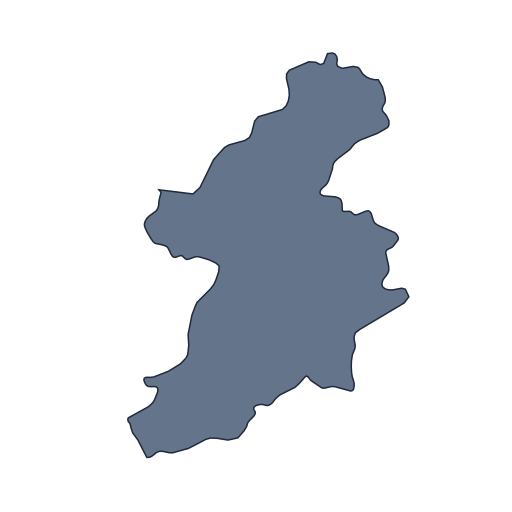 Belluno, Robinson projection, rotated 159°
{"feature_id": "ITA-5467", "entity_name": "Belluno", "entity_type": "Province", "adm_level": 1, "iso_a3": "ITA", "parent_name": "Italy", "parent_adm1": "", "projection": "robinson", "projection_center": [12.178, 46.278], "detail": "fine", "context": "isolated", "style": "filled", "palette": "slate", "viewbox_px": 512, "rotation_deg": 159, "n_neighbors": 0, "source": "natural_earth", "source_scale": "10m", "svg_char_len": 3644}
<svg xmlns="http://www.w3.org/2000/svg" viewBox="0 0 512 512"><g transform="rotate(159 256 256)"><path d="M338.2,92.7L348.1,94.2L358.3,100.1L363.8,102.4L368.6,102.8L387.8,100.6L404.1,102.1L404.7,102.3L407.3,103.3L413.3,107.2L416.3,108.3L419.4,108.2L424.7,106.5L427.3,106.2L430.1,107.0L432.2,126.5L434.5,135.1L434.3,140.4L433.7,144.3L434.6,147.8L434.1,149.7L433.1,150.7L411.4,153.7L408.2,154.6L405.4,155.9L404.0,156.7L402.3,158.1L396.6,164.2L395.4,166.6L395.3,168.5L396.2,169.6L397.4,170.4L398.9,171.0L400.6,171.5L403.4,172.9L404.5,174.3L405.1,176.4L405.2,180.0L404.4,181.7L403.0,182.2L401.4,181.9L398.3,180.6L394.8,179.7L379.0,179.8L365.2,182.4L358.0,185.8L356.3,187.2L355.0,188.6L350.8,196.7L348.4,204.3L347.5,207.1L336.9,223.9L330.1,231.5L327.5,233.9L310.5,241.5L305.6,244.5L302.2,247.8L296.7,254.4L295.0,257.6L294.2,259.6L294.4,260.8L295.7,263.3L296.5,264.4L301.6,269.6L309.7,275.8L311.2,276.4L312.9,277.0L320.3,277.2L321.9,277.6L322.9,278.6L323.6,279.8L324.1,281.2L324.7,282.4L325.8,283.3L327.5,283.5L331.3,283.6L332.9,284.1L334.1,285.5L334.7,288.5L335.2,294.3L335.5,295.8L336.2,297.0L337.1,298.0L339.4,299.9L345.7,304.0L346.9,306.3L347.9,309.9L349.2,318.0L349.4,322.0L349.2,324.7L348.3,326.5L347.6,327.4L346.7,328.4L344.4,330.2L341.7,331.5L333.6,333.7L332.3,334.4L331.1,335.3L330.1,336.3L329.2,337.4L328.5,338.7L327.2,341.5L325.5,344.3L321.8,349.4L322.9,352.6L292.6,336.5L283.8,340.0L261.0,361.2L246.5,368.6L241.5,369.4L224.9,367.8L219.5,369.1L215.8,372.6L208.9,382.4L203.9,385.2L178.9,383.3L174.2,385.3L170.3,389.1L167.3,394.1L165.5,399.8L164.0,410.7L162.2,415.0L158.3,417.5L137.1,418.4L130.8,415.5L127.5,411.7L123.8,411.5L116.7,419.3L111.8,418.1L110.0,416.4L109.2,413.5L109.6,410.5L111.9,406.2L111.6,403.5L108.2,400.3L97.2,398.1L93.0,395.4L92.3,393.7L91.1,387.7L88.8,383.6L85.8,380.5L82.3,378.2L78.7,376.7L77.4,368.4L78.6,357.8L79.6,354.7L80.9,352.7L83.7,350.5L85.4,348.3L85.8,346.6L85.6,344.9L84.3,341.7L83.8,339.1L83.5,334.5L84.7,331.2L86.1,329.4L87.9,328.7L98.5,327.0L116.9,326.9L120.5,326.3L123.8,325.5L130.3,321.8L144.8,317.6L148.9,315.8L150.8,314.2L152.0,312.7L153.4,310.0L160.7,300.9L162.9,298.8L164.9,297.4L169.1,295.9L172.3,294.2L173.4,292.5L173.7,290.9L173.0,289.6L172.0,288.6L170.9,287.7L160.9,282.9L158.5,281.0L157.6,280.0L156.8,278.8L156.6,276.7L156.9,274.2L159.2,267.3L158.9,267.0L158.2,266.3L157.0,265.7L153.7,264.6L152.3,263.9L151.4,262.9L150.1,260.3L149.2,259.2L147.8,258.6L146.0,258.3L138.2,258.5L136.3,258.3L134.7,257.8L133.7,256.4L133.2,254.2L133.7,247.4L133.6,245.2L133.0,243.8L132.3,242.6L130.6,240.4L118.4,228.4L117.5,227.0L116.9,225.2L116.5,222.6L117.0,220.9L118.1,219.8L124.4,216.0L125.9,215.4L131.3,214.9L133.1,213.8L133.8,212.3L135.6,200.0L136.4,197.0L137.3,194.8L138.2,193.7L139.2,192.7L141.5,191.0L144.4,189.3L146.2,188.0L148.2,185.4L148.8,183.5L148.8,181.8L148.1,180.4L147.3,179.3L146.4,178.3L143.9,176.7L140.6,175.4L131.5,173.7L128.5,171.5L127.9,163.2L134.4,159.1L185.2,150.3L190.6,148.7L191.6,147.7L192.5,146.6L193.3,145.4L193.9,144.0L194.4,142.4L195.3,137.3L196.0,135.6L197.0,134.0L201.4,129.3L204.4,124.0L206.8,118.4L208.7,112.3L209.4,108.9L209.8,103.3L210.2,101.3L211.1,99.2L212.9,96.4L214.5,95.8L216.0,96.0L229.0,105.6L231.9,107.0L239.3,108.1L240.8,108.6L242.0,109.5L249.3,120.0L249.8,121.3L250.7,124.5L251.9,125.9L253.9,125.4L261.5,121.4L266.8,119.4L283.1,117.8L286.6,116.7L289.6,115.4L293.2,113.1L295.7,112.3L298.0,112.1L299.5,112.6L300.8,113.4L302.0,114.3L303.7,115.3L305.8,116.0L309.5,116.4L311.5,115.8L312.7,114.9L313.0,113.4L312.6,110.5L313.3,109.0L315.0,107.5L321.3,104.6L323.1,103.5L324.1,102.5L325.8,100.2L329.9,97.0L338.2,92.7Z" fill="#64748b" stroke="#1e293b" stroke-width="1.5"/></g></svg>